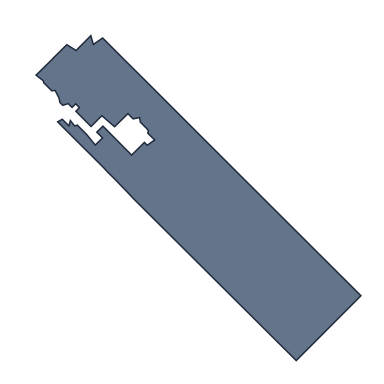 outline of Adams, Colorado, United States of America, rotated 45°
{"feature_id": "52423323B9551062095549", "entity_name": "Adams", "entity_type": "district", "adm_level": 2, "iso_a3": "USA", "parent_name": "United States of America", "parent_adm1": "Colorado", "projection": "robinson", "projection_center": [-104.653, 39.87], "detail": "fine", "context": "isolated", "style": "filled", "palette": "slate", "viewbox_px": 384, "rotation_deg": 45, "n_neighbors": 0, "source": "geoboundaries", "source_scale": "gbopen_adm2", "svg_char_len": 1036}
<svg xmlns="http://www.w3.org/2000/svg" viewBox="0 0 384 384"><g transform="rotate(45 192 192)"><path d="M384.8,145.9L257.6,146.1L160.5,146.2L84.9,146.2L47.1,146.3L36.8,146.3L25.5,146.3L19.9,146.3L17.9,157.4L9.9,153.0L10.0,173.9L-0.7,176.4L-0.8,195.4L-0.7,197.8L-0.8,209.4L-0.9,219.6L8.3,218.5L9.9,219.6L21.3,219.6L23.4,217.0L31.6,219.6L35.3,222.1L39.3,222.1L42.0,217.0L47.4,217.0L47.4,211.9L52.7,211.9L52.8,217.0L74.3,217.1L74.3,201.8L91.1,200.6L91.3,181.9L93.4,181.9L98.7,181.9L102.3,176.4L106.0,179.1L117.4,179.2L119.2,181.7L128.8,181.6L127.3,190.6L123.3,190.6L123.2,208.6L82.4,208.4L82.4,217.0L90.5,217.0L90.4,227.2L76.9,225.8L63.6,225.8L62.2,228.3L55.5,227.5L58.2,232.3L48.8,232.3L47.4,237.4L68.8,237.4L112.0,237.3L119.1,237.6L124.2,237.5L125.0,237.5L128.3,237.5L149.9,237.9L151.0,238.0L151.8,238.0L154.6,238.1L155.4,238.1L155.5,238.1L156.0,238.1L157.5,238.1L160.6,238.1L161.9,238.1L162.9,238.1L163.0,238.1L163.3,238.1L165.5,238.1L165.9,238.1L384.9,237.5L384.8,145.9Z" fill="#64748b" stroke="#1e293b" stroke-width="1.5"/></g></svg>